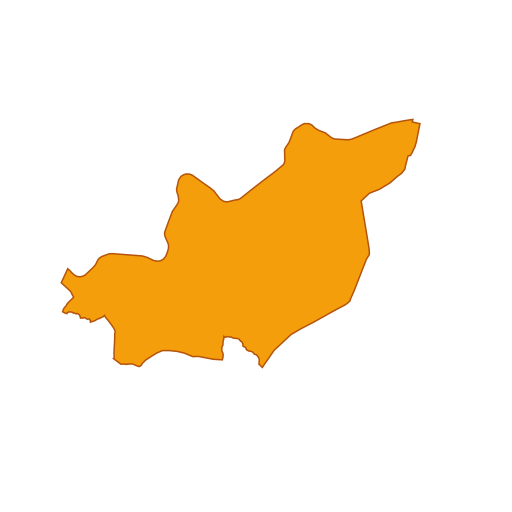 Asokore Mampong Municipal, Ashanti, Ghana, rotated 159°
{"feature_id": "2480657B67032672358324", "entity_name": "Asokore Mampong Municipal", "entity_type": "district", "adm_level": 2, "iso_a3": "GHA", "parent_name": "Ghana", "parent_adm1": "Ashanti", "projection": "mercator", "projection_center": [-1.562, 6.712], "detail": "fine", "context": "isolated", "style": "filled", "palette": "amber", "viewbox_px": 512, "rotation_deg": 159, "n_neighbors": 0, "source": "geoboundaries", "source_scale": "gbopen_adm2", "svg_char_len": 3453}
<svg xmlns="http://www.w3.org/2000/svg" viewBox="0 0 512 512"><g transform="rotate(159 256 256)"><path d="M290.1,149.7L281.3,155.7L273.0,161.4L251.5,170.1L240.2,172.0L225.9,173.6L202.2,177.0L190.0,178.5L186.5,179.5L184.2,180.6L182.9,182.3L177.1,188.1L154.1,213.4L149.9,216.6L149.1,218.0L148.5,220.2L147.8,222.2L138.1,269.7L127.6,274.0L118.7,274.0L116.0,274.2L109.5,275.4L104.8,276.2L95.3,279.7L90.5,281.0L85.9,283.7L84.2,286.5L78.2,295.0L75.8,294.5L72.7,297.0L70.4,299.3L68.5,301.0L65.4,305.1L55.5,320.8L62.1,325.1L60.6,327.3L68.3,329.0L76.3,330.5L81.8,331.7L89.0,331.6L98.7,331.5L124.3,330.8L126.7,331.1L128.9,331.7L140.9,337.2L143.2,339.4L147.0,345.9L152.5,350.9L155.1,354.3L156.7,357.8L157.8,359.3L159.4,360.7L163.4,362.3L165.0,362.2L167.1,361.9L169.5,361.3L173.7,360.5L174.8,360.0L176.3,359.3L177.2,358.4L181.6,353.3L184.8,349.9L186.5,348.8L189.8,346.4L191.4,344.7L194.3,336.5L194.7,335.0L195.9,333.2L197.5,331.6L199.6,330.8L202.2,329.9L209.4,327.5L218.7,324.9L232.4,320.8L248.3,315.8L250.4,315.2L252.8,315.1L255.5,315.8L263.5,316.8L266.6,318.6L269.2,322.3L270.5,326.7L272.0,331.9L274.4,336.0L280.3,344.8L285.7,353.1L287.0,354.8L289.2,356.6L292.3,357.7L294.5,357.8L297.5,357.2L299.5,355.9L301.2,354.4L301.9,353.3L306.2,346.9L306.9,344.1L307.1,340.1L307.9,336.8L308.6,334.9L309.7,333.5L310.8,332.7L312.2,331.6L318.2,327.5L324.3,320.6L325.4,319.4L332.4,311.3L333.4,309.7L333.9,306.9L333.9,306.1L333.6,299.5L333.8,297.6L334.4,295.8L335.2,294.2L337.4,291.3L340.6,287.9L343.1,286.5L345.1,286.0L346.5,285.8L348.4,286.0L351.4,287.3L352.3,287.9L353.4,288.7L357.8,293.4L359.7,294.9L360.4,295.6L362.9,297.2L371.2,301.1L389.5,309.8L391.2,310.3L391.5,310.4L393.2,310.7L400.3,310.8L402.8,310.2L404.9,309.1L408.8,305.5L410.3,304.6L413.2,303.2L422.2,299.5L424.4,299.3L425.3,299.2L427.8,299.7L429.3,300.5L430.0,300.8L431.0,301.7L432.7,303.8L434.0,306.5L435.2,309.5L436.3,311.6L447.4,300.8L442.4,290.7L441.7,288.9L441.6,288.0L441.5,286.7L441.4,285.3L441.0,282.9L443.1,281.9L447.4,280.1L447.8,279.9L449.6,278.9L451.4,277.4L453.3,276.5L455.0,275.2L456.5,273.2L454.8,271.2L454.2,271.0L453.2,269.9L452.2,270.7L450.7,270.9L449.9,270.5L447.8,269.5L447.0,268.2L446.1,267.9L445.3,267.1L444.7,266.4L444.3,266.4L443.5,266.5L442.6,265.4L442.1,264.5L441.8,263.2L442.1,260.9L440.9,260.8L440.0,260.0L438.5,260.1L437.8,259.5L435.9,257.2L435.0,257.3L434.0,256.7L434.1,255.8L433.6,255.2L434.3,253.6L430.6,253.4L429.2,253.4L426.5,254.0L425.2,253.8L422.3,254.0L420.3,254.1L418.7,254.8L418.3,252.2L416.7,247.5L415.0,241.2L414.7,239.5L414.4,236.9L414.7,235.6L415.6,234.3L418.9,226.3L421.8,220.0L423.7,215.4L424.4,213.0L424.9,211.9L425.9,211.4L421.8,204.8L421.1,203.6L415.9,201.5L415.7,201.1L414.5,201.1L409.9,199.4L407.1,196.6L404.7,194.6L402.6,194.9L400.5,196.5L396.0,198.5L394.3,198.8L389.1,199.9L383.4,201.0L377.2,201.2L371.1,198.9L363.8,195.2L358.4,191.5L357.5,190.8L351.1,184.7L346.0,183.0L343.0,181.2L333.1,175.0L324.6,171.1L322.9,173.8L322.2,175.2L321.7,177.2L321.9,179.6L320.6,183.1L318.8,184.7L317.5,187.8L315.7,190.3L314.8,192.5L313.9,191.2L311.3,190.9L310.0,189.9L308.1,189.2L307.4,188.2L305.6,186.9L303.9,186.1L303.0,185.7L301.5,184.3L301.0,182.0L300.1,181.3L299.7,178.6L300.5,176.8L300.0,175.8L298.6,174.6L298.4,173.6L298.6,172.4L298.3,172.0L298.3,171.6L297.2,170.3L296.9,169.9L296.1,169.6L294.6,168.6L293.6,167.6L292.6,164.8L291.0,163.7L290.2,161.3L289.9,159.2L290.2,158.0L291.1,155.8L292.0,154.1L290.1,149.7Z" fill="#f59e0b" stroke="#b45309" stroke-width="1.5"/></g></svg>